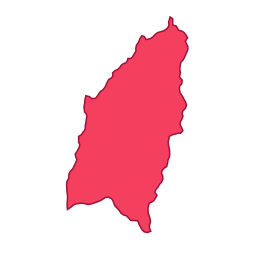 Mesquita, Minas Gerais, Brazil, rotated 174°
{"feature_id": "56859067B82042747316745", "entity_name": "Mesquita", "entity_type": "district", "adm_level": 2, "iso_a3": "BRA", "parent_name": "Brazil", "parent_adm1": "Minas Gerais", "projection": "orthographic", "projection_center": [-42.614, -19.25], "detail": "fine", "context": "isolated", "style": "filled", "palette": "rose", "viewbox_px": 256, "rotation_deg": 174, "n_neighbors": 0, "source": "geoboundaries", "source_scale": "gbopen_adm2", "svg_char_len": 2361}
<svg xmlns="http://www.w3.org/2000/svg" viewBox="0 0 256 256"><g transform="rotate(174 128 128)"><path d="M116.1,23.0L117.0,26.0L117.0,28.8L115.6,31.8L115.4,34.6L115.9,37.4L116.8,41.4L116.6,45.9L115.6,49.0L114.4,51.2L111.7,52.0L109.5,53.4L108.0,55.4L106.2,58.0L108.1,61.5L106.4,64.2L104.4,66.0L102.7,68.5L100.5,70.4L98.7,73.4L98.5,76.9L99.5,79.6L98.6,81.8L96.9,83.9L93.6,85.6L92.5,88.6L91.4,92.3L89.7,95.3L89.2,97.9L89.0,101.4L89.3,105.2L89.6,109.6L88.4,113.1L87.7,115.4L84.0,116.8L81.1,117.1L78.5,117.7L76.3,117.2L73.7,119.5L74.6,122.7L75.8,125.7L75.4,128.5L73.6,130.9L72.1,134.0L72.7,136.5L71.6,139.3L68.8,141.6L67.4,144.7L68.1,148.0L69.2,150.3L70.2,153.2L71.3,155.2L72.5,157.6L72.9,161.4L72.1,164.5L70.0,166.2L69.1,169.8L71.5,173.6L70.1,177.4L70.3,181.2L69.5,185.0L68.3,188.2L66.4,189.5L65.1,191.3L63.3,194.3L61.5,197.5L60.3,199.7L60.0,202.6L60.9,205.3L61.9,208.3L59.3,211.5L60.7,214.6L62.6,217.5L64.5,218.8L67.4,219.9L69.6,224.6L72.8,225.7L72.4,229.2L72.1,232.0L74.6,234.0L75.5,231.5L76.6,229.0L76.5,226.2L77.7,223.8L79.7,222.3L82.7,220.8L85.7,220.3L88.5,219.8L91.3,218.2L93.5,216.1L96.5,214.5L100.8,214.1L102.2,217.2L104.6,218.4L107.0,215.4L108.5,212.1L110.9,209.7L111.9,206.4L112.1,203.6L114.5,200.5L116.3,198.1L118.1,196.8L120.8,197.2L121.6,195.0L123.2,193.0L125.9,192.5L128.2,191.1L129.9,189.1L132.1,187.3L135.2,186.3L137.6,184.3L137.6,181.2L139.4,179.4L142.2,178.2L144.6,174.5L146.4,171.3L148.8,168.7L151.7,167.1L153.5,165.1L155.2,162.9L157.2,160.9L160.7,161.0L163.3,163.3L166.6,164.5L167.7,161.1L168.6,157.1L169.6,153.3L169.5,148.5L167.9,146.0L167.7,143.6L168.6,140.8L169.4,137.5L170.3,134.7L170.5,132.0L171.7,129.9L173.4,128.3L175.0,126.2L178.0,124.8L178.3,121.7L178.6,119.0L177.6,116.2L179.0,113.2L181.2,110.0L183.2,107.6L183.1,105.0L182.2,101.9L183.4,99.3L185.1,96.6L187.3,93.0L190.1,90.7L191.5,88.5L191.9,86.1L192.5,83.7L194.4,81.0L195.0,78.1L195.2,74.7L195.4,70.9L195.2,67.0L195.6,63.9L196.2,60.5L196.7,57.2L196.7,53.3L192.9,55.3L190.2,57.2L187.7,57.9L184.3,58.1L180.9,58.0L177.6,56.8L175.5,56.1L172.7,56.3L170.3,56.8L167.3,57.5L163.2,58.6L160.6,59.8L158.2,61.1L155.3,61.4L151.9,59.7L150.7,57.6L150.0,55.1L149.4,52.3L147.2,49.5L145.2,46.7L144.0,44.2L141.5,42.0L138.5,40.7L137.0,38.6L135.0,35.9L131.5,35.3L127.9,34.6L127.2,31.5L126.1,28.7L124.8,25.5L122.8,23.1L119.5,22.0L116.1,23.0Z" fill="#f43f5e" stroke="#9f1239" stroke-width="1.5"/></g></svg>